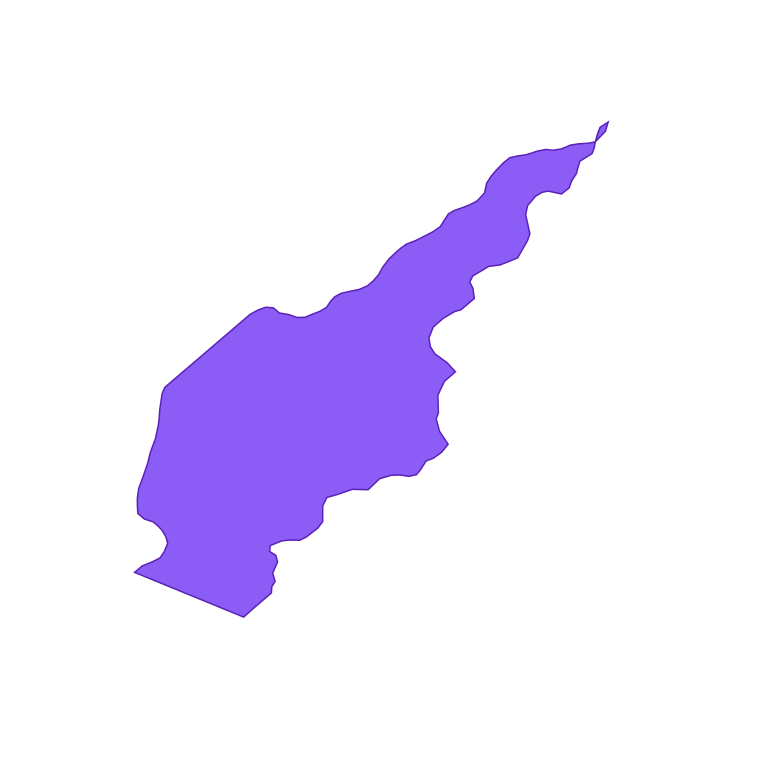 Serra dos Aimorés, Minas Gerais, Brazil, rotated 71°
{"feature_id": "56859067B89940733316213", "entity_name": "Serra dos Aimorés", "entity_type": "district", "adm_level": 2, "iso_a3": "BRA", "parent_name": "Brazil", "parent_adm1": "Minas Gerais", "projection": "orthographic", "projection_center": [-40.28, -17.754], "detail": "fine", "context": "isolated", "style": "filled", "palette": "violet", "viewbox_px": 768, "rotation_deg": 71, "n_neighbors": 0, "source": "geoboundaries", "source_scale": "gbopen_adm2", "svg_char_len": 1991}
<svg xmlns="http://www.w3.org/2000/svg" viewBox="0 0 768 768"><g transform="rotate(71 384 384)"><path d="M429.1,342.0L412.1,336.7L401.2,326.1L395.7,312.5L384.3,317.5L372.0,326.1L363.8,328.0L355.0,326.5L346.2,318.9L341.1,306.5L338.5,293.6L338.9,287.2L332.5,270.7L322.4,268.8L315.5,269.7L310.8,265.0L306.9,246.8L309.2,235.6L308.3,216.7L295.2,201.7L289.5,197.2L270.0,194.9L262.1,190.2L255.8,179.6L254.2,172.3L255.1,165.9L262.1,154.3L258.9,145.1L253.0,140.4L247.6,133.5L242.5,130.2L237.1,126.2L233.9,112.3L229.0,108.2L223.8,105.4L222.9,112.2L220.3,121.7L218.8,129.8L219.5,139.7L217.9,148.4L214.9,154.5L213.8,162.6L213.5,174.9L211.9,183.3L211.0,191.5L213.5,198.5L218.3,208.1L222.6,215.3L227.6,221.6L236.1,226.7L241.2,236.3L242.5,244.6L242.8,252.2L242.8,260.8L244.1,267.7L248.6,273.4L253.6,279.7L256.1,288.7L257.4,298.0L258.7,307.3L259.0,317.1L260.9,323.5L263.4,330.0L267.4,338.6L273.0,347.0L278.9,353.6L283.0,360.6L285.8,367.8L286.5,376.7L285.3,386.2L284.3,395.3L285.5,402.1L288.3,407.4L292.8,413.3L294.4,420.9L294.7,429.2L295.2,437.1L292.8,444.4L287.4,451.4L282.7,459.9L276.1,463.7L272.9,470.7L273.0,478.7L274.5,487.8L315.8,592.3L321.0,597.0L328.7,601.0L335.7,604.6L343.9,608.0L350.2,611.2L355.6,614.5L361.3,617.9L367.2,622.8L373.3,627.7L381.8,633.1L388.5,638.3L395.0,643.4L402.8,649.9L411.4,654.3L419.1,656.9L426.3,658.9L433.6,654.6L439.2,647.2L444.5,644.0L450.3,641.4L457.5,640.0L464.2,640.4L470.7,646.1L475.5,652.3L476.7,660.9L477.3,671.9L480.9,681.2L558.7,592.6L553.8,581.0L544.9,558.5L539.0,556.0L535.2,551.2L526.7,550.9L517.6,542.6L510.8,542.0L505.2,546.6L499.7,544.2L499.1,532.0L500.5,525.1L504.3,514.5L503.3,507.1L498.7,493.5L494.2,486.8L479.4,481.7L472.7,474.9L473.3,464.0L473.3,448.1L478.8,433.5L472.1,419.0L472.7,406.7L475.3,398.3L479.4,390.7L480.3,382.8L476.6,376.9L470.5,369.3L470.2,361.3L467.3,351.7L461.9,343.0L446.8,346.9L433.9,346.0L429.1,342.0ZM209.3,86.8L211.6,96.1L216.6,100.3L223.8,105.4L217.1,92.3L209.3,86.8Z" fill="#8b5cf6" stroke="#5b21b6" stroke-width="1.5"/></g></svg>